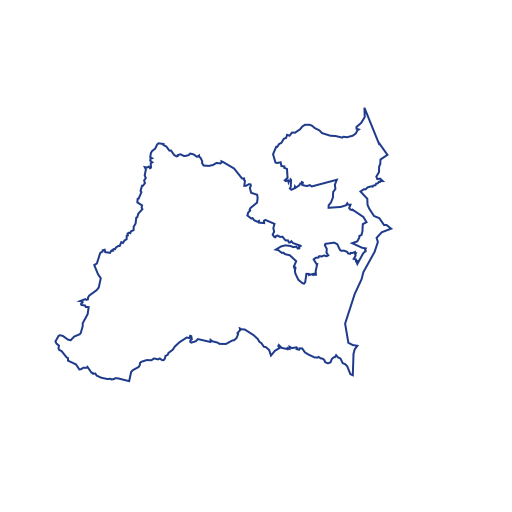 the district of Zapotitlán, Puebla, Mexico, rotated 207°
{"feature_id": "50627088B75736372567986", "entity_name": "Zapotitlán", "entity_type": "district", "adm_level": 2, "iso_a3": "MEX", "parent_name": "Mexico", "parent_adm1": "Puebla", "projection": "mercator", "projection_center": [-97.535, 18.262], "detail": "fine", "context": "isolated", "style": "outline", "palette": "blue", "viewbox_px": 512, "rotation_deg": 207, "n_neighbors": 0, "source": "geoboundaries", "source_scale": "gbopen_adm2", "svg_char_len": 6119}
<svg xmlns="http://www.w3.org/2000/svg" viewBox="0 0 512 512"><g transform="rotate(207 256 256)"><path d="M226.7,437.3L222.2,429.2L222.7,422.3L225.1,416.5L224.2,415.0L221.9,415.4L222.7,414.0L222.7,410.5L224.4,407.1L228.9,403.1L232.3,401.9L232.8,400.7L239.6,399.0L244.4,396.9L253.0,395.5L256.6,396.7L262.0,396.7L265.0,397.5L267.7,397.3L272.0,395.1L273.6,392.2L274.2,389.0L277.2,383.6L280.0,382.3L280.7,378.4L283.3,378.1L282.8,374.8L284.4,373.2L284.8,368.2L286.2,366.4L286.7,362.7L287.6,362.4L287.0,354.4L281.1,348.1L279.3,348.5L276.6,350.7L274.2,347.7L271.4,348.7L270.9,347.4L267.9,347.6L263.4,340.0L264.7,336.5L263.5,336.2L261.8,337.9L260.5,336.5L260.7,338.1L259.5,338.6L259.9,339.9L259.3,339.7L256.4,333.3L256.4,331.5L254.5,331.1L252.3,333.9L252.8,335.6L251.6,334.9L249.6,338.5L249.4,340.8L248.2,341.1L248.7,342.7L247.6,342.7L247.1,340.4L245.6,340.5L242.3,341.5L240.2,343.6L237.9,343.3L218.6,360.6L218.1,355.3L215.7,351.8L216.3,348.1L214.0,342.9L213.5,337.6L214.3,334.2L213.2,331.9L202.6,338.3L198.8,342.1L198.6,344.3L197.6,343.5L195.1,344.6L194.8,341.0L193.3,340.3L191.2,340.5L191.1,341.1L178.0,339.5L172.9,336.3L175.3,332.9L172.3,326.1L171.6,322.5L173.0,320.8L172.3,319.2L172.4,315.0L176.1,311.1L165.1,311.5L161.6,312.6L161.6,311.0L160.5,310.3L161.7,307.2L162.1,294.9L163.5,296.2L163.6,297.4L164.5,296.7L165.4,298.3L167.6,297.8L167.4,301.5L168.2,302.3L168.2,303.8L169.1,303.4L169.6,304.5L171.6,302.3L173.0,301.8L173.1,300.7L175.1,300.1L176.9,301.1L180.1,300.7L182.2,299.4L183.9,299.5L188.9,303.4L192.4,303.4L199.7,298.3L199.5,296.8L196.2,294.5L194.7,291.0L191.9,289.4L193.0,287.8L195.4,287.5L197.5,285.2L199.0,284.9L199.8,284.2L199.6,283.0L201.9,281.6L203.1,279.2L198.5,276.3L197.8,276.6L196.0,269.7L194.1,266.5L196.2,265.3L196.3,266.5L199.9,263.3L200.0,264.1L200.8,264.0L203.0,263.0L200.3,255.1L200.7,253.1L202.5,252.9L207.4,254.0L212.8,258.1L214.5,260.2L215.5,263.5L216.8,264.0L216.8,263.1L217.5,263.7L217.8,269.6L226.2,272.0L231.1,270.8L233.0,271.4L234.3,270.5L238.9,271.3L241.2,270.7L238.0,275.9L234.7,278.8L229.8,280.6L226.8,280.8L224.4,282.6L222.0,281.6L220.9,282.5L222.0,284.1L220.1,285.5L229.1,284.3L231.2,285.2L231.8,283.5L232.8,283.0L234.6,284.4L236.8,283.3L241.2,285.2L243.2,283.9L246.2,284.0L247.2,282.9L247.2,281.5L248.1,281.2L250.8,282.5L250.9,285.9L253.2,288.7L254.1,293.0L264.0,292.4L264.9,290.9L263.7,289.0L268.5,287.1L269.3,288.5L270.1,287.2L273.9,287.0L276.3,288.2L277.2,287.2L282.1,288.2L282.7,291.2L281.8,293.8L282.7,294.3L282.7,296.3L279.3,304.0L280.9,308.5L282.8,311.1L289.0,310.1L292.4,313.9L292.4,315.9L293.3,317.3L294.8,316.9L296.8,314.0L298.3,313.2L300.0,318.0L301.2,318.4L301.8,319.7L303.6,318.7L315.2,324.0L328.2,324.8L329.8,324.7L329.2,323.7L329.6,322.4L333.5,320.9L335.6,317.6L338.7,315.0L343.7,312.8L346.4,314.4L346.9,316.0L350.1,318.4L352.0,318.6L352.4,319.6L353.6,317.6L357.8,318.2L361.1,317.4L361.7,315.4L364.3,313.1L365.6,312.4L369.5,312.3L371.5,310.4L371.1,309.6L372.0,308.7L374.8,308.8L379.6,311.4L381.0,310.6L385.5,312.8L389.0,312.9L389.3,313.8L394.1,312.1L394.7,310.4L394.6,305.8L396.2,302.4L396.4,300.2L395.2,296.2L393.1,295.9L394.2,294.9L393.5,292.9L390.9,292.4L391.9,290.8L389.7,287.1L390.2,286.1L392.1,287.0L393.2,285.4L395.5,284.7L393.4,283.1L391.8,277.3L389.6,275.5L390.0,272.6L388.0,270.4L388.7,267.2L389.5,266.8L388.4,261.6L387.1,260.9L386.6,253.9L387.4,253.2L386.1,249.9L380.5,249.4L379.9,247.2L378.5,246.2L380.1,240.3L379.4,236.6L380.1,235.8L378.0,230.2L378.3,226.7L376.8,223.5L378.6,221.2L378.4,219.3L379.9,219.0L380.6,217.7L379.5,216.2L380.4,215.4L378.9,212.2L380.2,210.1L380.5,207.2L382.3,207.2L382.0,203.1L383.2,202.5L384.6,200.1L384.7,198.0L385.8,197.7L386.8,195.9L386.1,195.6L387.4,194.7L387.5,192.5L392.1,191.0L393.7,192.9L395.2,191.5L394.7,190.3L396.2,188.1L394.4,177.1L396.0,174.5L388.6,168.1L384.2,165.7L381.8,156.5L382.5,153.2L386.6,145.1L386.8,142.9L386.1,141.0L387.3,139.9L388.5,140.1L392.3,135.9L390.0,136.6L389.4,136.0L390.1,133.8L389.3,133.1L385.8,134.3L384.6,133.3L381.9,134.5L379.6,127.7L379.9,117.6L378.5,114.6L377.2,107.8L377.5,106.3L381.4,101.7L382.9,96.8L385.6,96.1L391.8,97.1L394.7,96.4L395.6,95.3L395.9,88.8L394.1,87.4L390.9,86.7L390.1,84.1L388.7,83.0L386.0,83.0L378.8,79.7L377.1,79.6L376.0,77.4L367.2,77.7L361.9,74.7L360.4,75.8L359.2,78.0L356.3,79.4L355.9,80.7L349.5,77.3L348.4,77.7L347.7,77.1L345.8,78.3L343.7,77.1L338.6,77.3L332.6,78.9L329.8,80.6L328.9,80.3L326.6,81.9L326.0,83.2L323.5,84.3L312.2,86.9L314.6,96.0L313.9,98.4L310.2,103.8L310.0,106.1L310.8,108.0L310.2,109.6L306.2,113.6L301.8,115.7L300.4,118.4L296.4,119.4L295.2,121.0L292.4,120.6L291.0,121.3L290.6,123.3L291.3,125.8L289.8,128.0L290.0,129.8L287.6,134.8L287.2,138.5L285.0,144.5L280.7,151.9L277.9,152.7L278.4,155.0L277.3,155.2L275.4,152.7L276.1,150.8L275.7,149.7L274.4,149.4L271.0,152.6L270.0,155.6L257.6,158.7L258.4,160.6L256.2,160.2L250.8,161.4L248.7,161.1L242.8,164.0L238.6,170.2L237.3,170.9L236.1,174.1L236.5,178.4L237.5,178.9L236.5,182.8L237.5,184.1L235.4,184.1L232.8,185.4L222.2,184.4L216.6,182.8L214.1,181.1L211.6,180.8L207.8,178.7L205.7,179.3L201.6,178.2L197.5,174.1L196.1,180.2L193.0,185.1L195.2,185.8L195.3,187.0L191.4,185.8L186.5,187.1L186.3,188.1L185.3,187.6L185.2,188.4L183.9,188.5L185.0,190.4L182.2,190.2L177.8,193.5L178.6,192.6L177.7,192.6L177.5,191.5L175.0,192.1L175.3,193.4L172.9,194.6L168.8,192.4L165.1,192.0L157.9,192.2L154.9,193.5L154.4,194.5L151.7,194.2L149.9,194.8L147.7,194.2L146.2,192.8L143.2,193.0L141.3,195.2L141.7,198.4L140.9,200.8L139.7,201.8L139.6,204.0L137.0,202.9L134.2,203.0L130.1,199.9L127.5,200.1L124.7,199.2L118.3,193.6L115.6,193.7L124.7,213.1L125.7,217.7L124.9,222.0L129.3,220.6L134.3,220.6L145.9,236.2L150.8,267.0L151.4,283.3L153.0,290.4L152.2,313.5L153.8,323.9L156.8,326.9L154.7,334.3L148.0,341.7L153.8,342.9L155.9,341.7L163.3,345.7L169.0,345.2L176.9,349.8L179.9,352.3L182.8,357.5L192.2,360.9L190.2,364.4L188.6,365.2L187.7,367.8L185.0,370.4L183.6,370.7L183.5,371.9L181.7,373.3L181.8,374.9L180.4,376.2L180.2,377.8L179.1,378.3L179.2,379.2L177.1,380.3L180.5,381.3L182.8,379.6L184.8,381.3L184.5,386.7L186.9,391.5L187.0,394.2L188.9,398.5L184.8,405.8L196.9,412.1L196.4,411.0L226.7,437.3Z" fill="none" stroke="#1e3a8a" stroke-width="2"/></g></svg>